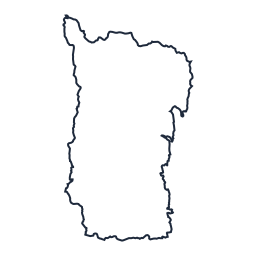 Falam, Chin, Myanmar
{"feature_id": "60261553B58296948192675", "entity_name": "Falam", "entity_type": "district", "adm_level": 2, "iso_a3": "MMR", "parent_name": "Myanmar", "parent_adm1": "Chin", "projection": "albers", "projection_center": [93.718, 23.446], "detail": "fine", "context": "isolated", "style": "outline", "palette": "slate", "viewbox_px": 256, "rotation_deg": 0, "n_neighbors": 0, "source": "geoboundaries", "source_scale": "gbopen_adm2", "svg_char_len": 5735}
<svg xmlns="http://www.w3.org/2000/svg" viewBox="0 0 256 256"><path d="M190.8,61.6L189.3,61.9L187.0,60.7L186.5,59.6L186.5,58.1L186.1,56.7L185.1,55.3L184.8,53.9L183.8,52.9L182.8,52.9L181.5,53.4L180.2,53.0L179.0,52.2L176.8,52.8L175.5,50.6L175.3,48.8L172.8,47.5L171.7,46.4L170.9,46.0L169.2,46.9L168.0,46.7L167.0,45.9L165.8,45.5L165.0,46.3L163.5,46.1L161.9,45.1L159.5,42.7L157.9,41.8L153.2,42.0L152.1,41.6L151.5,42.7L150.2,43.5L148.8,43.5L147.0,45.0L143.0,45.5L140.6,46.2L139.0,46.0L137.9,45.1L137.6,43.5L136.8,42.2L135.1,40.0L133.8,39.2L132.4,36.3L131.3,32.9L130.3,32.7L128.3,33.3L126.0,33.6L124.9,33.6L121.7,32.6L120.0,32.3L118.5,32.4L117.0,32.8L115.3,32.7L112.3,31.9L110.3,31.7L109.4,31.9L108.1,34.1L108.0,35.5L107.7,36.9L107.0,37.8L106.2,38.2L105.4,39.4L104.5,39.9L103.4,39.7L100.5,37.5L99.0,37.4L98.2,38.5L97.6,40.2L97.1,40.4L96.2,40.4L93.9,42.3L91.5,42.5L90.7,41.9L89.3,41.6L88.2,40.8L85.4,38.3L84.4,37.0L84.4,36.3L84.9,35.5L85.0,34.5L83.6,32.7L84.0,31.2L83.6,30.9L81.7,31.1L80.5,30.1L79.1,25.7L78.6,23.1L76.5,20.2L75.1,19.5L73.6,19.4L72.1,18.6L70.3,17.9L68.9,17.6L68.2,17.0L67.5,15.8L66.6,15.4L65.8,15.5L66.3,16.4L67.9,17.8L67.7,18.2L65.3,17.8L64.6,18.3L64.2,18.9L63.9,19.7L64.1,20.6L64.7,21.6L65.1,22.9L64.4,23.8L63.5,24.4L63.5,25.4L64.5,26.4L64.7,27.2L64.4,28.4L64.4,31.9L64.7,33.7L64.6,35.9L64.9,36.6L65.9,37.7L67.4,41.2L67.8,42.7L68.8,43.7L69.5,44.9L71.0,45.1L72.6,45.0L73.5,45.6L73.9,47.0L73.9,48.2L72.9,55.0L73.1,56.1L73.0,59.1L73.7,64.6L74.9,65.6L75.5,66.5L74.4,70.6L74.3,72.5L73.8,74.1L73.7,75.2L75.3,76.7L75.8,77.8L76.3,79.8L76.3,82.9L77.1,84.2L79.1,86.4L80.4,86.9L80.7,87.7L80.5,88.5L78.8,91.1L77.5,94.7L78.8,96.7L78.4,97.3L78.0,99.3L78.4,100.8L79.3,102.6L78.6,104.9L78.5,106.5L77.3,106.7L77.1,107.5L77.1,108.5L76.6,108.8L77.7,112.3L76.0,115.8L74.8,117.1L74.1,118.5L73.9,122.4L74.4,123.5L73.7,125.5L74.0,126.9L73.3,127.6L73.0,128.4L73.3,130.5L73.1,132.5L73.8,135.0L74.9,137.8L74.7,138.5L74.0,139.3L73.1,140.6L73.0,141.3L72.4,142.0L71.0,142.8L69.0,143.2L68.1,144.0L68.1,145.2L68.5,146.3L69.4,147.6L69.9,148.5L69.7,151.0L69.3,153.8L69.6,154.9L69.5,158.5L69.9,159.4L70.0,161.1L70.7,161.4L71.8,164.3L71.8,165.0L73.1,166.7L73.1,167.1L71.8,167.2L71.2,167.8L71.5,170.1L71.0,170.8L71.6,172.1L70.4,174.1L69.8,177.3L69.8,179.3L70.2,179.8L70.7,179.9L71.8,179.3L72.6,179.4L72.4,180.7L71.3,181.7L70.3,182.1L68.5,184.0L67.6,184.1L68.0,185.4L67.6,187.0L66.8,188.1L66.0,188.3L65.2,191.6L66.6,191.8L67.2,192.2L67.9,193.7L68.4,194.0L69.4,195.9L70.2,198.2L70.1,199.7L70.4,201.3L71.1,202.7L72.7,203.7L73.7,204.0L77.0,203.7L78.5,204.0L79.5,205.2L81.2,206.3L82.0,207.0L82.0,207.9L82.5,209.2L82.1,210.3L82.4,211.3L82.0,212.4L82.2,213.9L83.3,216.9L83.5,218.6L83.9,219.4L83.4,220.4L83.2,221.5L82.4,222.3L82.2,223.5L84.6,226.6L85.5,227.7L86.4,227.9L86.5,228.4L86.2,229.2L86.5,230.7L85.6,232.1L85.9,232.9L85.7,233.7L85.3,234.2L85.3,234.7L90.2,236.1L93.3,235.6L93.8,234.0L94.6,233.6L95.7,233.5L96.7,233.8L97.2,234.7L98.0,237.5L98.4,237.6L98.8,238.0L99.8,238.5L100.9,238.6L101.1,238.8L104.4,239.9L105.0,238.6L105.8,237.9L107.6,238.1L108.3,237.8L110.1,236.5L110.5,236.9L111.1,237.2L112.3,237.0L114.0,236.2L115.6,236.3L116.0,236.6L116.5,238.1L117.0,238.7L118.2,239.4L122.0,240.6L123.4,240.3L129.0,238.1L131.2,238.2L133.3,237.7L135.4,238.2L137.1,237.7L138.0,238.2L138.9,238.1L139.8,238.8L141.4,237.9L142.9,238.1L146.1,235.3L147.6,235.1L148.4,235.6L149.2,236.6L149.2,238.6L150.3,239.4L153.5,238.6L155.4,238.5L156.6,238.7L159.0,237.9L160.2,238.2L162.3,238.2L162.4,237.6L162.2,237.0L162.3,236.8L162.7,236.6L165.5,237.6L166.3,237.1L167.7,236.8L166.9,233.0L167.2,232.6L168.8,232.5L170.9,232.1L171.6,229.2L170.9,225.8L170.6,225.1L170.5,223.8L169.4,222.4L170.7,220.3L170.7,219.4L169.3,217.5L168.1,216.9L168.2,216.2L167.7,215.1L167.3,213.2L168.1,212.8L169.3,213.0L170.0,213.5L172.6,212.9L172.9,212.4L171.8,211.5L171.7,210.7L172.1,209.9L171.6,209.4L169.8,209.5L169.1,209.0L167.3,208.8L167.2,208.3L167.7,207.8L169.0,207.1L168.7,204.9L169.2,204.3L168.9,202.8L169.2,202.0L169.2,200.6L169.5,198.3L169.1,195.8L169.4,195.2L169.6,194.3L169.2,192.6L168.8,191.7L168.5,190.4L167.9,189.4L167.3,189.8L166.6,189.8L165.2,188.7L164.7,187.2L164.8,186.1L164.4,183.9L165.2,182.7L165.1,182.1L164.4,181.6L163.8,180.0L162.8,179.0L162.8,178.1L163.6,176.6L163.2,175.6L162.4,175.5L161.5,175.7L161.1,175.4L160.4,173.4L160.8,173.1L162.7,172.8L163.1,172.4L162.9,170.8L162.5,169.9L162.4,168.8L161.9,167.5L161.7,166.5L162.1,165.7L162.7,165.3L164.3,165.4L165.1,164.4L165.7,164.1L167.1,165.3L167.3,165.1L167.2,163.3L167.5,162.3L167.5,161.2L168.1,160.7L168.7,160.7L168.8,158.7L169.3,157.8L169.5,156.7L168.9,155.5L169.0,155.1L170.4,154.5L169.4,150.9L169.3,148.5L169.6,144.4L169.3,140.7L167.2,139.5L165.8,137.9L164.5,137.5L164.1,137.0L161.7,135.7L162.0,135.4L163.5,135.6L165.8,136.8L166.5,136.8L166.9,136.4L167.5,136.3L169.3,136.9L169.4,137.1L170.3,137.6L171.5,139.7L171.9,140.3L171.5,141.4L172.0,141.6L172.6,140.5L172.5,139.7L172.7,139.8L172.7,139.3L173.4,138.4L172.8,137.3L172.8,136.6L173.5,135.3L173.2,133.7L173.6,131.5L174.5,130.4L174.0,125.8L173.4,122.5L174.0,121.9L173.0,114.5L171.2,111.7L170.2,111.3L171.3,110.5L172.8,107.6L174.0,106.7L174.9,106.2L175.7,106.6L176.6,107.7L177.7,108.0L179.5,109.3L180.5,110.6L181.0,112.0L181.2,113.3L181.2,115.1L181.6,116.1L182.7,116.5L183.3,115.9L183.3,115.0L182.5,113.0L182.5,112.1L183.4,111.3L184.5,111.2L184.5,111.4L185.5,111.5L186.1,111.4L186.8,109.4L187.2,109.0L187.4,107.5L187.1,105.8L187.5,103.6L187.4,101.9L187.6,101.1L187.3,99.5L187.8,97.9L188.6,96.3L188.9,93.7L189.3,92.9L188.8,91.8L188.7,90.5L189.3,89.0L192.0,86.1L190.8,85.3L190.1,83.9L190.3,82.9L190.1,81.1L190.6,79.9L192.5,77.9L192.5,76.5L191.9,74.1L190.1,71.9L190.1,70.5L190.4,68.4L190.2,67.2L189.5,65.7L189.5,64.4L190.1,62.8L190.8,61.6Z" fill="none" stroke="#1e293b" stroke-width="2"/></svg>